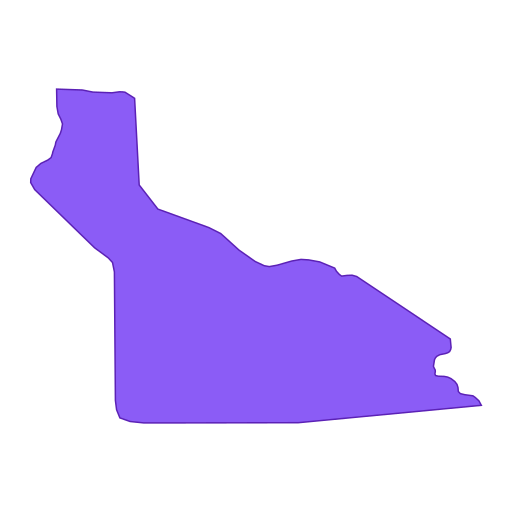 an SVG outline of Southern Highlands
{"feature_id": "PNG-1246", "entity_name": "Southern Highlands", "entity_type": "Province", "adm_level": 1, "iso_a3": "PNG", "parent_name": "Papua New Guinea", "parent_adm1": "", "projection": "mercator", "projection_center": [143.455, -5.902], "detail": "fine", "context": "isolated", "style": "filled", "palette": "violet", "viewbox_px": 512, "rotation_deg": 0, "n_neighbors": 0, "source": "natural_earth", "source_scale": "10m", "svg_char_len": 1168}
<svg xmlns="http://www.w3.org/2000/svg" viewBox="0 0 512 512"><path d="M56.6,89.1L82.4,90.0L93.0,92.1L111.9,92.8L119.4,91.8L122.5,91.9L125.0,92.2L134.6,98.3L139.2,185.0L157.9,209.1L208.9,227.6L220.8,233.6L239.0,250.1L255.2,261.5L264.2,265.7L269.3,266.6L277.1,265.2L291.8,261.0L301.0,259.4L308.7,259.9L319.7,261.9L334.7,268.1L336.4,271.2L339.3,274.4L341.6,276.1L347.0,275.4L352.1,275.2L356.7,276.5L450.3,339.0L451.1,347.5L450.7,349.4L449.6,351.6L447.7,352.8L445.2,353.6L439.8,354.7L436.8,356.3L435.4,357.9L434.5,359.7L433.5,365.9L433.5,366.6L434.2,368.1L435.2,370.0L435.3,371.8L434.9,373.8L435.5,375.5L438.3,376.2L444.2,376.4L447.7,377.1L451.0,378.6L454.8,381.5L457.0,384.4L458.0,387.6L458.3,391.5L460.3,393.6L464.8,394.7L472.9,395.8L475.3,397.5L478.9,400.8L481.3,405.3L298.3,422.7L176.5,422.9L143.6,422.9L130.1,421.5L119.9,417.9L116.6,409.8L115.4,400.5L114.4,271.9L112.5,262.5L108.4,258.0L94.6,247.8L34.7,189.6L30.7,182.6L30.8,178.8L36.2,167.4L40.9,163.4L47.9,160.0L51.1,157.6L52.6,153.3L52.7,152.3L55.3,145.1L55.7,142.8L56.0,141.7L60.3,133.4L61.5,129.7L62.5,123.9L60.8,119.1L58.2,113.9L56.9,106.5L56.6,89.1Z" fill="#8b5cf6" stroke="#5b21b6" stroke-width="1.5"/></svg>